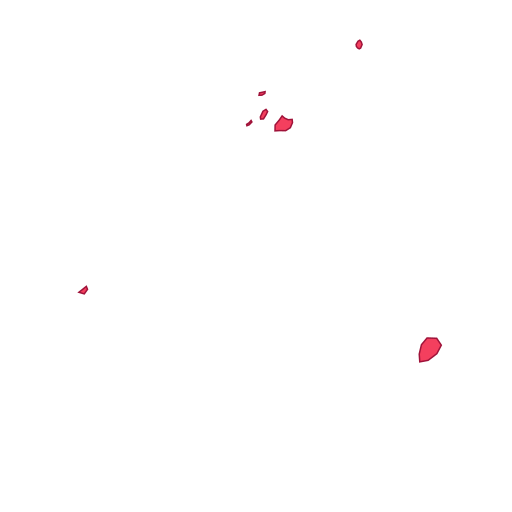 map outline of La Digue and Inner Islands (Mercator projection), rotated 248°
{"feature_id": "SYC-5212", "entity_name": "La Digue and Inner Islands", "entity_type": "state/province", "adm_level": 1, "iso_a3": "SYC", "parent_name": "Seychelles", "parent_adm1": "", "projection": "mercator", "projection_center": [55.767, -4.192], "detail": "fine", "context": "isolated", "style": "filled", "palette": "rose", "viewbox_px": 512, "rotation_deg": 248, "n_neighbors": 0, "source": "natural_earth", "source_scale": "10m", "svg_char_len": 865}
<svg xmlns="http://www.w3.org/2000/svg" viewBox="0 0 512 512"><g transform="rotate(248 256 256)"><path d="M112.0,392.7L103.9,394.4L97.7,387.1L94.8,376.5L96.5,368.2L103.9,370.6L111.8,376.2L115.9,383.9L112.0,392.7ZM364.9,320.5L370.3,322.8L373.3,328.4L376.1,332.7L373.1,334.2L370.3,336.9L369.1,340.7L366.0,339.8L362.1,335.9L361.1,330.4L363.4,325.0L364.9,320.5ZM381.2,311.6L383.3,312.1L387.6,316.7L388.2,320.2L385.6,320.9L383.3,318.4L380.3,314.3L381.2,311.6ZM412.8,427.6L414.7,428.1L416.9,431.0L417.2,433.1L414.9,433.8L412.3,433.6L409.6,430.9L409.4,429.3L410.9,428.1L412.8,427.6ZM288.7,78.2L291.4,87.3L288.2,87.3L285.2,82.6L288.7,78.2ZM403.9,319.0L406.0,320.4L405.5,323.0L405.0,326.0L403.4,325.1L402.9,321.8L403.9,319.0ZM380.2,296.4L381.6,296.6L382.1,299.4L383.5,302.2L381.8,302.4L380.2,298.9L380.2,296.4Z" fill="#f43f5e" stroke="#9f1239" stroke-width="1.5"/></g></svg>